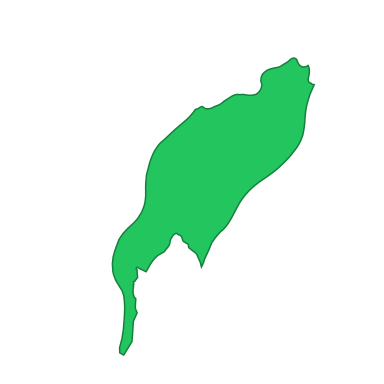 outline of Altena, Noord-Brabant, Netherlands, rotated 308°
{"feature_id": "6326949B90099876945918", "entity_name": "Altena", "entity_type": "district", "adm_level": 2, "iso_a3": "NLD", "parent_name": "Netherlands", "parent_adm1": "Noord-Brabant", "projection": "natural_earth1", "projection_center": [4.974, 51.77], "detail": "fine", "context": "isolated", "style": "filled", "palette": "green", "viewbox_px": 384, "rotation_deg": 308, "n_neighbors": 0, "source": "geoboundaries", "source_scale": "gbopen_adm2", "svg_char_len": 5847}
<svg xmlns="http://www.w3.org/2000/svg" viewBox="0 0 384 384"><g transform="rotate(308 192 192)"><path d="M258.7,143.8L258.1,143.9L257.9,143.9L255.3,144.0L253.1,143.9L249.4,143.7L246.0,143.2L240.8,142.2L231.0,140.2L225.4,139.3L216.2,137.9L211.5,136.9L207.9,136.7L201.7,137.1L198.7,137.7L193.3,139.1L191.3,139.8L188.1,141.0L185.1,142.3L183.3,143.1L181.0,144.1L177.3,145.7L173.8,148.0L171.9,149.2L167.5,152.3L164.0,155.1L160.0,158.2L159.5,158.5L155.5,161.0L151.6,162.8L145.4,164.7L138.2,165.5L132.9,165.3L128.5,164.6L123.7,163.8L122.6,163.7L116.7,163.2L109.6,163.7L102.6,165.9L98.3,167.3L92.3,169.8L86.3,173.5L83.8,175.8L81.1,178.1L78.8,180.8L75.4,186.3L73.1,192.4L71.1,197.8L68.2,202.2L65.1,205.2L59.9,209.8L56.3,212.5L50.9,216.3L41.0,222.8L33.3,227.1L24.7,230.8L20.8,234.1L21.5,238.6L34.5,237.1L37.1,236.8L44.5,231.9L51.8,226.9L54.3,225.3L62.9,223.2L64.3,220.9L65.7,218.7L70.5,215.3L73.0,213.7L73.5,212.9L73.4,211.6L75.5,208.3L78.7,205.7L81.0,204.5L82.4,202.9L82.9,203.3L85.4,201.2L86.9,202.0L87.0,202.0L87.8,201.7L88.3,201.8L90.9,201.8L91.0,201.8L91.2,201.7L91.6,201.4L92.3,200.7L92.6,200.4L92.8,200.2L94.0,199.1L95.8,197.4L96.0,197.2L96.3,197.1L96.5,197.1L96.8,197.1L97.0,197.2L97.1,197.3L97.0,197.1L96.9,196.9L96.8,196.6L96.8,196.4L96.9,196.0L96.9,195.7L97.0,195.5L97.0,195.3L97.1,195.2L97.3,195.1L97.5,195.0L98.0,195.0L98.4,194.9L98.8,194.9L99.7,199.3L99.8,199.4L100.0,200.7L100.9,204.9L101.4,204.9L104.5,204.4L109.3,203.7L113.5,203.4L116.3,203.5L117.5,203.6L118.9,203.8L121.1,204.2L122.7,204.8L124.6,205.6L126.4,206.4L128.0,206.9L132.3,206.9L134.9,206.9L136.3,206.7L137.6,206.3L139.7,205.1L140.0,204.9L141.1,204.5L142.4,204.2L143.8,204.1L146.0,203.8L148.1,204.2L148.8,204.5L149.3,204.7L149.8,205.0L149.9,205.4L149.9,205.8L149.9,206.6L150.0,207.5L150.2,208.3L150.5,209.0L150.6,209.8L150.6,210.3L150.4,211.0L150.2,211.7L149.9,212.1L149.0,213.3L148.4,214.2L148.1,214.7L147.9,215.3L147.8,215.9L147.9,216.6L148.0,218.0L148.1,218.9L148.5,221.2L148.2,221.6L147.9,221.8L146.1,223.7L146.1,224.5L146.1,225.4L146.1,227.2L146.1,231.4L146.1,233.5L141.5,242.1L138.7,245.6L141.3,245.1L143.8,244.4L146.7,243.3L148.6,242.8L157.0,240.9L159.3,240.2L161.4,239.6L161.6,239.5L162.5,239.3L163.8,239.0L164.7,238.8L165.2,238.7L166.5,238.7L167.5,238.7L170.7,238.5L173.1,238.6L177.0,238.9L177.7,238.9L178.6,239.0L181.0,239.6L182.2,239.7L183.3,239.8L184.2,239.9L185.2,239.9L186.2,239.9L187.2,239.9L188.0,239.9L190.0,239.8L192.4,239.6L194.4,239.3L196.7,239.0L198.2,238.7L199.9,238.4L200.8,238.3L203.3,237.8L207.5,237.0L208.9,236.8L209.7,236.7L210.6,236.5L211.4,236.4L213.0,236.2L213.9,236.1L214.9,236.0L216.8,235.9L218.5,235.8L219.7,235.8L220.3,235.8L221.4,235.8L222.9,235.8L224.7,235.9L225.2,236.0L226.4,236.1L226.7,236.1L228.0,236.2L229.7,236.4L231.2,236.6L232.8,236.9L235.2,237.4L236.0,237.5L237.4,237.9L240.0,238.5L243.4,239.5L245.4,240.1L248.7,241.2L252.0,242.2L254.1,242.8L256.2,243.4L258.8,244.1L262.9,245.0L264.1,245.2L265.2,245.4L266.3,245.6L269.3,246.0L270.4,246.2L271.9,246.4L274.0,246.7L276.3,246.9L278.6,247.1L280.2,247.2L280.8,247.2L282.5,247.3L284.8,247.3L286.7,247.3L289.1,247.3L291.5,247.2L292.5,247.1L293.2,247.0L294.4,246.9L295.3,246.8L296.9,246.5L297.8,246.4L298.3,246.3L299.1,246.1L300.1,245.8L300.9,245.6L302.5,245.1L304.3,244.5L305.8,243.9L306.6,243.5L308.3,242.7L310.6,241.4L311.1,241.1L312.0,240.6L313.5,239.7L314.5,239.1L315.4,238.5L316.1,238.1L317.2,237.3L317.8,236.9L318.3,236.6L318.5,236.5L319.8,235.5L321.4,234.5L323.3,233.3L324.9,232.3L326.1,231.6L327.7,230.7L329.2,229.9L330.4,229.3L331.3,228.9L332.2,228.5L333.4,228.0L335.1,227.3L335.5,227.1L335.9,227.0L337.0,226.6L340.5,225.2L344.0,224.2L345.0,223.9L345.7,223.8L352.4,222.1L351.5,221.9L351.4,221.8L351.1,221.1L350.9,220.2L351.0,219.4L350.9,218.6L350.7,217.7L350.6,216.8L350.7,216.0L351.2,215.2L352.1,214.3L353.5,213.5L354.5,213.0L355.1,212.7L356.6,212.0L357.7,211.3L358.8,210.6L359.8,209.8L360.5,209.2L361.4,208.4L362.1,207.5L362.6,206.7L363.2,205.6L361.9,205.1L360.9,204.5L359.5,203.3L358.9,202.5L358.5,201.6L358.2,200.8L358.1,199.9L358.1,199.6L358.1,199.1L358.3,198.2L358.5,197.4L358.8,196.6L359.2,195.7L359.7,194.9L360.3,194.0L360.7,193.2L360.9,192.3L360.9,191.5L360.7,190.6L360.3,189.8L359.4,189.0L358.6,188.5L357.6,188.1L356.5,187.8L355.5,187.7L354.9,187.6L354.4,187.5L353.3,187.2L352.3,186.9L351.2,186.4L350.1,186.0L349.1,185.6L348.0,185.2L345.9,184.5L344.8,184.0L343.7,183.4L342.7,182.5L341.7,181.7L339.4,179.7L338.9,179.3L338.3,178.8L337.9,178.5L337.6,178.3L337.4,178.1L336.8,177.8L335.7,177.1L335.4,176.9L334.9,176.6L334.5,176.5L334.0,176.2L333.7,176.1L333.2,175.9L332.0,175.6L331.2,175.4L330.9,175.3L329.8,175.2L328.8,175.1L327.7,175.1L326.7,175.4L325.6,175.7L325.5,175.8L324.6,176.2L323.5,176.8L322.4,177.5L321.4,178.4L321.4,178.5L321.1,178.9L320.6,179.8L319.9,180.6L318.8,181.5L318.2,181.8L317.1,182.3L316.1,182.7L315.0,182.9L313.9,183.1L312.9,183.2L311.9,183.1L310.8,183.0L309.7,182.7L308.6,182.4L307.6,181.8L307.3,181.5L306.3,180.7L305.4,179.8L304.7,179.1L303.9,178.1L303.2,177.3L302.7,176.4L302.2,175.6L301.7,174.8L301.3,173.9L300.9,173.1L300.7,172.9L300.4,172.2L299.7,171.5L299.5,171.3L298.8,170.5L298.1,169.7L297.6,169.0L297.5,168.9L297.4,168.6L296.8,167.5L295.7,166.7L295.3,166.3L294.7,165.9L293.8,165.3L293.6,165.2L292.6,164.7L291.6,164.3L291.5,164.2L290.4,163.9L289.4,163.6L288.3,163.1L287.4,162.8L287.1,162.7L286.3,162.4L284.9,161.9L284.0,161.6L283.4,161.4L282.9,161.3L281.9,161.1L281.0,160.9L280.7,160.9L279.8,160.6L278.7,160.2L277.6,159.8L276.6,159.2L276.2,159.0L274.9,158.2L274.3,157.9L273.4,157.3L272.3,156.7L271.2,156.3L270.2,155.8L269.8,155.5L269.7,155.4L269.1,155.0L268.7,154.7L268.2,154.2L267.0,152.9L266.5,152.1L266.0,151.3L265.8,150.4L265.8,149.8L265.8,149.5L265.8,148.9L265.8,148.6L265.8,147.9L265.6,147.5L265.3,147.0L264.8,146.7L263.7,146.2L261.6,145.5L260.5,144.8L259.5,144.1L258.7,143.8Z" fill="#22c55e" stroke="#15803d" stroke-width="1.5"/></g></svg>